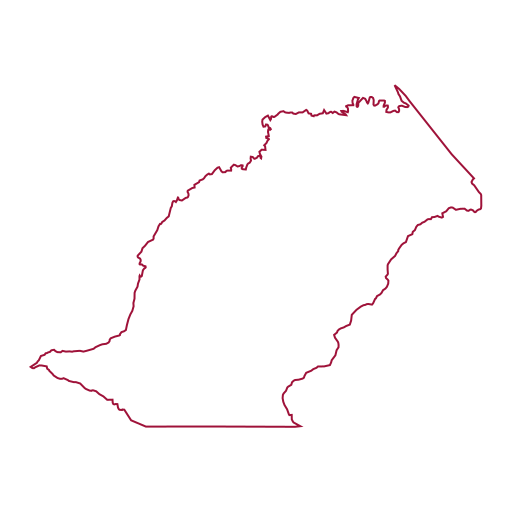 the district of Siquirres, Limón, Costa Rica
{"feature_id": "36466004B47231661736374", "entity_name": "Siquirres", "entity_type": "district", "adm_level": 2, "iso_a3": "CRI", "parent_name": "Costa Rica", "parent_adm1": "Limón", "projection": "orthographic", "projection_center": [-83.503, 10.148], "detail": "fine", "context": "isolated", "style": "outline", "palette": "rose", "viewbox_px": 512, "rotation_deg": 0, "n_neighbors": 0, "source": "geoboundaries", "source_scale": "gbopen_adm2", "svg_char_len": 6032}
<svg xmlns="http://www.w3.org/2000/svg" viewBox="0 0 512 512"><path d="M474.0,178.4L451.7,154.3L409.3,100.8L405.7,95.9L399.2,89.0L394.6,85.2L398.0,92.4L398.4,93.9L400.0,96.4L401.6,100.8L403.9,102.7L405.8,103.4L408.6,105.6L408.3,106.6L407.4,107.1L405.2,107.0L401.9,105.7L399.7,106.0L398.8,106.4L398.3,107.3L399.1,109.2L399.1,111.0L398.5,112.1L396.9,112.1L395.1,110.6L393.4,110.9L390.4,112.4L388.4,112.4L386.3,111.9L386.5,109.8L387.9,107.6L387.9,106.0L387.7,105.5L386.3,105.5L385.5,105.7L384.1,106.8L383.6,106.7L383.7,105.4L384.9,102.7L384.9,100.9L384.1,100.5L379.6,100.5L379.0,101.1L378.5,103.2L377.6,104.2L375.1,105.6L374.2,105.6L373.5,104.6L373.7,100.1L373.1,98.0L371.7,97.0L370.4,97.0L369.8,97.4L368.3,102.7L367.8,103.4L366.9,102.4L366.8,101.7L365.2,98.8L363.0,97.9L358.3,102.9L358.2,105.8L357.6,106.8L357.2,106.9L356.6,106.2L356.6,104.2L357.9,99.6L358.8,98.0L354.4,96.9L353.4,97.9L352.4,100.7L352.6,103.1L353.3,104.5L353.3,105.2L348.0,105.3L346.1,106.2L346.2,106.6L347.2,107.2L347.9,108.4L348.1,111.2L347.8,112.2L343.6,110.9L341.3,111.0L341.6,111.7L345.7,114.4L346.2,115.2L339.3,114.3L338.5,114.0L336.6,112.4L334.5,111.6L332.7,113.0L331.2,111.8L330.7,111.8L329.5,112.3L328.5,113.2L326.4,113.6L324.1,110.1L322.8,113.3L319.6,113.8L317.1,115.3L314.4,115.3L313.9,115.6L313.7,116.2L311.5,115.6L311.1,113.8L308.6,113.4L307.2,110.6L306.2,109.9L302.6,112.4L298.9,112.4L295.8,114.0L293.3,113.6L292.2,112.5L290.3,112.5L289.1,112.9L286.1,112.6L284.8,112.2L283.5,111.2L280.4,111.8L278.1,113.8L277.8,114.4L274.4,116.9L273.3,117.0L272.6,116.4L271.5,116.3L271.2,116.7L271.0,119.0L270.3,120.1L267.9,115.6L265.2,117.1L262.5,119.6L262.2,121.7L262.6,124.6L263.5,126.7L265.3,126.4L266.0,124.5L267.4,124.7L267.9,125.2L268.7,127.4L270.2,128.1L270.8,129.2L270.1,129.8L269.3,128.5L268.6,129.0L268.2,129.9L268.0,132.0L268.8,136.0L266.1,136.6L266.3,138.0L268.6,138.6L268.9,139.2L267.6,140.6L266.4,143.1L264.2,145.3L265.1,146.3L265.5,149.9L261.7,149.7L259.4,151.8L260.0,154.1L261.4,156.6L261.1,158.3L260.6,157.9L260.5,156.7L259.9,155.7L258.1,156.1L256.8,157.8L254.7,158.8L254.1,158.6L252.7,157.0L250.8,156.7L250.6,158.5L251.0,160.6L249.7,162.7L248.2,163.5L247.4,164.4L246.2,167.6L245.8,169.5L242.7,169.2L241.8,168.7L241.7,167.7L242.7,166.0L242.6,165.4L241.0,165.2L239.6,166.0L237.6,166.5L235.3,165.1L233.8,164.7L230.8,167.7L231.2,169.5L231.1,170.6L227.2,170.6L226.2,171.1L225.4,172.1L222.7,172.3L221.5,171.4L219.1,167.2L217.5,167.7L214.7,170.3L211.9,174.1L209.8,174.4L208.9,173.6L207.2,174.6L205.4,176.2L204.0,178.3L202.7,179.4L199.6,180.5L199.0,182.2L194.4,184.8L194.6,187.5L192.3,188.0L187.9,190.6L187.6,191.1L187.6,192.0L188.4,193.5L188.6,195.2L188.0,196.9L187.4,197.5L185.7,197.9L181.9,200.5L179.4,200.0L178.5,198.9L178.2,197.6L177.9,197.5L176.9,200.4L175.9,202.0L174.8,201.1L173.4,201.1L173.0,201.6L172.4,202.8L171.8,206.3L170.8,207.9L168.7,216.4L166.8,217.9L164.5,220.5L162.2,222.0L161.3,223.6L160.8,224.0L160.0,223.9L158.5,226.3L157.3,230.1L153.6,236.4L153.6,238.5L153.1,239.6L148.0,242.0L145.0,245.8L142.5,248.2L141.4,251.7L137.7,255.6L137.6,256.6L138.0,257.4L140.1,258.6L140.7,260.1L140.6,261.4L139.6,263.3L139.6,264.2L140.0,264.5L141.8,264.4L143.2,265.7L145.5,266.3L145.7,267.3L145.3,267.9L144.4,268.3L142.9,270.3L141.8,276.0L140.9,276.7L140.2,276.5L139.7,275.6L139.5,276.1L139.5,279.5L138.0,283.6L137.5,286.7L135.3,290.7L134.6,292.8L134.5,298.7L133.4,303.0L133.6,306.3L132.3,310.9L130.4,314.3L128.5,319.0L126.9,325.1L125.9,330.0L124.0,331.3L121.5,332.1L120.0,334.1L119.9,335.1L119.2,335.5L114.9,336.6L110.7,338.3L109.7,339.7L109.6,341.0L108.6,342.5L106.2,343.8L102.3,344.3L100.0,345.1L95.5,347.2L93.6,348.8L86.6,350.8L83.4,351.6L80.3,350.9L78.7,350.9L73.6,351.3L72.2,351.7L69.5,351.4L65.9,351.6L62.5,350.9L60.7,352.3L57.3,352.1L55.4,351.1L54.1,349.8L51.8,350.2L51.0,350.6L50.1,351.8L47.9,352.5L46.9,353.1L45.6,353.3L44.6,354.8L40.9,356.0L38.8,360.3L37.6,361.5L36.9,362.8L30.7,366.9L32.4,368.1L34.0,368.2L35.2,367.3L39.4,365.4L41.8,365.5L46.7,366.4L47.2,368.7L49.0,370.0L49.3,370.8L52.5,373.9L53.7,375.5L57.5,378.0L60.0,378.8L62.0,378.8L63.6,378.2L67.9,380.1L68.8,380.9L73.6,382.1L75.8,382.1L80.2,383.5L84.8,388.2L86.0,389.0L89.7,390.6L91.6,390.8L92.2,390.3L93.1,390.3L96.2,391.3L99.3,394.1L103.4,396.4L107.2,399.8L112.5,399.7L112.7,402.7L113.4,404.1L114.4,404.4L115.7,404.0L117.4,404.1L118.0,407.6L118.9,409.3L119.6,409.8L122.1,410.0L122.4,409.5L124.3,409.7L131.1,420.3L145.9,426.6L206.0,426.5L295.0,426.8L300.3,426.2L293.6,422.5L292.9,421.6L291.8,419.4L291.7,414.9L289.4,415.1L288.9,414.4L287.1,409.3L284.5,405.0L283.3,401.8L282.6,398.1L282.9,394.9L283.6,393.5L286.0,390.8L287.3,387.5L288.1,386.7L291.3,384.8L292.0,382.3L293.7,380.7L295.1,380.0L298.6,379.7L302.6,378.6L303.9,377.7L304.5,375.9L306.2,372.8L311.3,370.7L313.3,369.1L316.5,367.8L317.9,366.5L324.1,366.4L329.9,365.1L331.1,362.5L331.7,360.2L335.4,355.3L336.6,350.2L338.5,347.3L338.6,345.0L338.3,342.9L337.9,341.8L335.0,337.7L334.1,334.9L337.0,332.5L337.5,331.0L338.9,329.5L340.8,328.4L343.8,327.4L346.2,326.0L349.8,324.6L351.1,320.7L351.8,314.8L356.5,309.8L360.8,306.6L363.5,305.2L365.2,304.9L366.9,304.1L368.4,304.0L372.0,304.6L373.1,303.3L375.1,298.9L375.9,298.4L377.0,296.1L380.1,294.4L381.6,292.8L383.0,290.2L385.4,288.6L386.9,286.8L388.2,283.7L388.4,280.7L387.8,279.7L386.0,278.0L385.7,276.6L387.6,274.5L387.9,273.7L387.6,269.5L387.6,265.5L387.9,264.3L391.1,259.4L395.1,255.9L396.4,253.3L398.2,251.1L398.2,250.1L399.0,248.6L401.6,244.9L403.5,243.3L405.9,242.1L408.0,236.1L412.3,234.2L412.8,231.8L414.9,230.1L416.3,226.8L417.8,225.0L420.4,224.3L422.2,222.7L424.5,221.8L427.5,219.4L428.6,219.1L430.9,219.1L432.0,217.2L434.5,217.0L437.6,215.9L438.5,216.6L441.8,217.6L443.0,216.9L442.3,213.3L446.2,211.3L448.8,208.2L451.0,207.4L452.7,207.6L455.9,209.8L460.5,208.8L464.6,208.7L467.0,210.6L468.5,210.8L470.4,209.6L471.2,209.6L472.9,210.3L474.1,211.7L475.0,212.2L475.7,212.0L476.7,210.8L478.5,209.6L480.4,209.1L481.0,208.3L481.3,205.9L481.2,195.1L480.7,193.9L478.9,192.1L474.2,185.3L472.1,183.6L471.5,182.0L472.8,179.5L474.0,178.4Z" fill="none" stroke="#9f1239" stroke-width="2"/></svg>